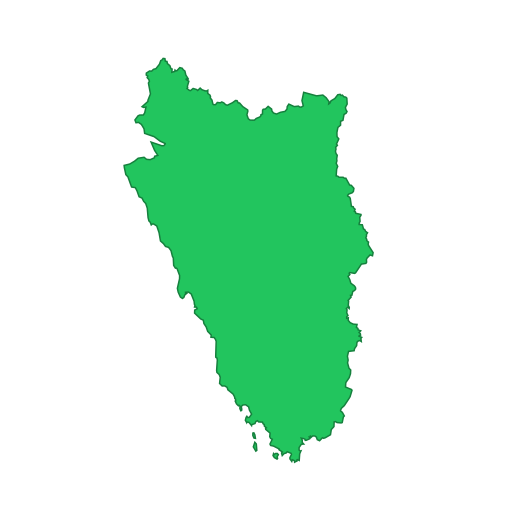 outline of Vohemar, Sava, Madagascar, rotated 171°
{"feature_id": "10022922B16213196407560", "entity_name": "Vohemar", "entity_type": "district", "adm_level": 2, "iso_a3": "MDG", "parent_name": "Madagascar", "parent_adm1": "Sava", "projection": "mercator", "projection_center": [49.724, -13.453], "detail": "fine", "context": "isolated", "style": "filled", "palette": "green", "viewbox_px": 512, "rotation_deg": 171, "n_neighbors": 0, "source": "geoboundaries", "source_scale": "gbopen_adm2", "svg_char_len": 6059}
<svg xmlns="http://www.w3.org/2000/svg" viewBox="0 0 512 512"><g transform="rotate(171 256 256)"><path d="M183.0,121.2L181.1,124.9L180.3,128.6L181.7,130.6L182.3,136.1L181.3,138.8L181.4,142.7L179.5,147.3L173.9,147.1L173.2,149.0L170.6,151.8L169.8,155.0L168.3,156.1L166.6,156.2L165.4,155.1L165.3,158.2L164.3,159.1L166.8,160.7L166.5,161.2L165.1,161.4L165.1,163.0L166.2,164.3L164.3,165.7L166.7,167.1L166.7,168.6L168.0,169.8L166.9,172.6L170.6,173.5L173.5,175.5L175.0,178.1L174.5,180.5L176.2,180.3L175.9,181.9L174.5,182.8L175.3,185.6L174.5,188.5L175.0,189.9L173.3,191.1L172.2,189.6L171.9,190.7L172.6,192.8L171.6,196.9L172.0,197.7L168.5,200.5L168.8,202.3L167.4,202.3L166.0,205.8L163.9,206.6L162.7,207.8L162.7,209.5L163.5,211.1L166.6,214.3L167.1,218.1L168.3,221.5L166.2,223.0L166.7,224.4L166.0,225.0L161.3,223.4L160.3,223.8L153.2,231.5L148.6,231.5L147.7,232.6L147.5,235.3L146.6,236.6L143.2,239.2L140.9,238.0L139.8,241.0L143.1,248.6L143.4,250.2L142.7,252.1L144.2,253.9L144.0,255.2L144.7,256.8L143.8,258.2L143.6,259.9L142.2,261.5L143.9,263.2L144.5,265.2L145.6,265.8L146.1,270.2L149.2,271.0L148.9,272.4L147.8,273.9L147.5,278.0L145.9,279.8L145.8,280.6L150.8,282.6L150.9,284.1L151.9,284.7L150.8,286.7L152.0,288.1L152.3,289.5L154.0,290.1L153.9,298.0L154.3,299.4L156.1,300.8L156.0,301.6L154.6,302.7L151.1,303.4L149.7,304.5L148.7,307.5L150.8,310.9L152.4,311.4L155.1,318.8L156.4,318.9L157.6,320.1L161.7,320.8L162.7,322.0L164.3,322.6L162.7,329.3L161.3,331.7L162.3,335.0L161.2,337.3L161.1,339.4L160.0,342.8L161.0,344.8L161.1,347.2L160.3,349.0L160.3,350.9L158.3,352.6L159.0,354.0L155.9,358.7L157.3,361.2L156.8,365.2L155.0,370.2L152.0,372.0L151.4,375.8L148.9,376.4L146.9,382.1L144.8,382.8L143.5,384.4L144.4,386.8L144.4,388.9L142.2,391.8L141.6,397.7L142.5,398.9L144.3,399.5L145.5,401.4L147.0,401.3L147.6,402.5L150.0,402.5L153.5,399.2L157.7,397.5L159.1,395.4L160.4,394.8L159.7,396.9L162.0,401.4L164.8,404.5L171.1,404.7L183.3,410.2L186.3,402.3L185.8,396.9L188.1,395.9L189.7,396.4L190.6,397.4L194.9,397.6L199.8,400.9L201.8,398.7L202.4,396.3L204.7,394.3L209.4,394.1L213.5,393.0L216.4,394.5L217.6,396.8L217.6,398.7L220.6,401.9L223.7,399.7L225.9,399.8L226.7,399.0L227.4,395.2L229.0,394.8L229.3,393.7L230.5,392.7L234.3,391.8L236.3,390.4L240.5,391.1L242.1,392.7L242.9,396.9L241.4,400.3L241.4,401.6L245.7,405.6L248.3,409.7L249.6,410.0L250.4,412.4L251.9,412.8L255.2,411.1L260.7,409.4L262.3,410.2L263.9,412.3L265.7,413.5L267.3,412.9L270.2,413.7L272.3,411.8L274.2,412.1L274.8,412.8L275.1,416.9L276.4,419.3L276.0,420.5L276.3,422.1L278.2,424.1L277.7,427.2L278.9,426.7L280.5,427.1L283.4,428.7L284.9,430.6L287.7,428.6L288.6,429.7L291.9,431.3L294.8,429.6L295.7,429.9L298.0,432.2L297.1,433.2L297.3,434.2L295.0,439.1L297.4,441.2L297.1,441.8L295.7,440.9L295.2,441.5L297.0,445.7L297.3,449.8L298.9,451.5L299.4,452.9L301.8,454.0L305.1,451.4L306.2,451.4L306.9,452.3L307.4,451.0L310.4,450.6L309.6,453.8L310.7,454.3L311.3,457.5L313.4,459.9L313.5,462.1L315.1,462.6L315.1,465.2L316.8,465.7L318.4,464.2L319.5,463.9L321.4,460.5L325.5,456.7L328.1,456.4L330.2,454.9L332.2,455.4L335.7,453.8L336.1,451.9L334.7,450.7L335.6,449.2L334.4,447.4L333.9,445.3L335.2,443.7L334.9,432.6L338.4,426.7L338.5,425.6L345.2,421.3L343.8,420.3L341.4,420.3L343.5,414.9L345.2,412.9L348.9,413.4L350.6,412.9L354.3,409.3L353.7,406.4L351.1,406.3L348.6,403.9L346.7,399.2L346.8,394.5L337.9,389.8L332.7,384.4L328.1,381.3L328.3,380.7L329.7,379.4L331.7,379.6L341.8,384.9L339.6,376.1L337.2,370.7L340.5,370.4L341.0,368.9L345.4,367.7L349.0,368.6L351.1,371.0L357.1,371.0L361.2,368.6L366.3,366.6L372.1,366.1L372.2,363.8L371.8,356.7L370.1,354.2L368.1,343.6L364.5,342.4L363.3,338.8L362.2,332.8L359.5,331.0L358.4,327.6L356.7,325.1L355.9,320.3L356.6,310.8L356.3,307.4L355.2,305.9L354.6,303.1L353.5,303.8L352.2,303.7L349.3,301.2L348.1,294.2L348.0,285.8L345.4,282.6L343.9,279.6L341.0,278.2L339.1,274.6L338.6,268.8L338.0,267.0L338.8,259.6L337.5,256.6L336.6,256.6L335.9,255.7L334.5,248.7L335.1,245.4L338.7,236.4L338.5,232.5L337.1,227.3L335.3,225.6L333.8,226.3L332.4,228.7L330.5,229.8L331.4,230.2L331.3,231.2L328.3,230.9L325.9,228.6L324.2,221.0L324.4,218.0L324.0,216.7L324.7,215.2L322.8,214.8L322.3,213.1L325.0,212.2L325.6,209.2L320.4,202.4L318.1,200.9L318.0,197.4L316.3,193.7L315.5,189.1L312.6,185.0L313.2,182.8L310.0,182.0L309.0,179.7L308.7,177.9L311.5,163.1L311.5,162.1L310.5,161.3L310.5,159.2L312.8,149.1L312.8,147.1L310.9,144.7L310.3,141.8L311.9,135.8L309.8,132.9L307.3,132.6L305.1,130.8L304.7,128.2L300.3,123.3L299.2,120.3L299.2,118.6L298.6,117.9L298.7,116.1L299.2,115.9L298.4,113.0L296.8,110.8L296.1,111.2L295.3,110.2L295.8,107.8L295.2,105.5L294.4,105.7L294.0,107.0L294.1,109.7L292.2,110.9L289.5,110.7L286.9,108.2L286.6,104.8L285.1,100.5L287.8,97.7L289.5,97.8L290.1,99.1L291.0,98.2L292.2,95.4L291.3,92.9L291.0,93.5L288.9,92.7L286.9,89.2L286.6,90.1L283.2,90.7L282.0,92.6L280.3,93.1L279.4,91.7L275.6,90.9L275.2,89.1L274.2,88.3L274.4,86.8L272.7,84.7L273.5,84.4L273.5,83.2L269.8,78.9L270.7,75.4L270.1,73.5L268.6,72.5L271.6,68.1L271.2,66.6L268.4,65.5L263.3,61.8L263.6,61.1L260.6,58.3L261.6,57.4L261.3,54.8L259.3,56.4L256.8,56.8L255.8,57.8L252.2,55.6L252.0,54.5L254.0,51.6L254.2,50.3L252.8,47.5L252.0,49.1L250.0,47.8L250.1,46.3L247.5,47.2L247.7,48.0L246.9,48.4L245.3,47.3L243.8,53.8L242.1,56.5L242.8,56.4L243.8,57.6L243.4,60.1L240.6,63.0L238.3,62.8L239.5,64.7L239.1,66.8L239.8,69.0L237.7,68.3L236.2,67.3L236.2,66.2L235.3,66.1L231.5,67.1L231.2,67.5L231.7,68.8L230.6,68.5L230.5,70.3L229.9,68.3L228.2,69.4L226.0,69.0L224.7,67.7L224.2,65.0L222.1,63.6L218.8,66.1L217.8,65.4L216.2,65.6L210.4,67.8L208.8,72.8L205.7,75.3L204.8,79.9L203.4,80.0L202.0,78.8L198.0,77.8L196.9,78.0L194.9,83.3L193.8,84.2L195.2,88.1L196.7,89.7L196.6,90.5L195.4,92.3L192.2,94.4L186.8,100.3L185.1,102.3L182.2,108.3L182.5,109.1L188.1,112.6L187.1,116.9L183.0,121.2ZM286.3,72.2L288.5,67.9L286.7,63.3L285.6,63.9L285.1,70.3L286.3,72.2ZM270.4,56.2L269.4,54.0L267.0,52.1L266.3,52.8L266.6,54.3L265.0,56.3L265.8,57.6L267.9,57.9L269.4,56.8L269.7,57.8L270.4,56.2ZM285.8,81.7L286.8,81.6L287.2,79.2L286.5,76.5L285.1,76.0L285.1,79.5L285.8,81.7Z" fill="#22c55e" stroke="#15803d" stroke-width="1.5"/></g></svg>